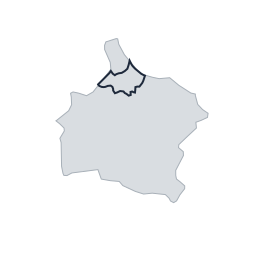 Prizren on a map of Kosovo (orthographic projection), rotated 154°
{"feature_id": "KOS-5908", "entity_name": "Prizren", "entity_type": "District", "adm_level": 1, "iso_a3": "XKX", "parent_name": "Kosovo", "parent_adm1": "", "projection": "orthographic", "projection_center": [20.721, 42.201], "detail": "fine", "context": "in_parent", "style": "outline", "palette": "slate", "viewbox_px": 256, "rotation_deg": 154, "n_neighbors": 0, "source": "natural_earth", "source_scale": "10m", "svg_char_len": 1603}
<svg xmlns="http://www.w3.org/2000/svg" viewBox="0 0 256 256"><g transform="rotate(154 128 128)"><path d="M78.3,94.4L89.6,90.8L91.2,88.2L88.7,82.5L90.2,79.0L103.7,69.0L105.9,64.4L106.8,60.9L104.9,57.1L102.4,51.1L103.7,48.6L110.6,45.2L116.3,41.2L119.7,40.9L121.8,43.8L121.8,46.7L123.6,51.8L127.8,54.4L134.8,58.8L142.9,61.8L149.2,67.8L157.9,78.5L159.3,83.8L167.1,88.5L174.4,93.8L173.3,103.8L198.1,112.2L203.7,112.0L206.4,113.5L206.3,115.8L204.5,122.7L194.5,144.2L193.7,148.6L186.5,153.3L185.5,156.0L187.6,161.9L189.6,166.0L189.4,166.0L173.8,169.5L168.5,173.6L165.4,180.7L164.4,184.4L161.6,184.5L157.0,180.9L151.1,175.2L143.6,175.7L117.7,188.2L115.2,194.7L114.6,208.8L112.8,212.6L110.1,215.1L99.3,213.5L98.2,212.6L99.6,207.2L99.1,195.4L94.3,175.7L90.9,169.3L83.8,162.9L78.4,158.7L68.5,154.9L63.6,144.1L56.2,131.9L52.6,129.0L53.2,127.8L55.0,118.6L52.9,111.9L49.6,106.1L51.9,102.7L58.8,102.8L64.5,103.4L66.5,98.0L78.3,94.4Z" fill="#d9dde1" stroke="#a8b0b8" stroke-width="1"/><path d="M97.0,187.8L97.0,183.9L96.7,181.7L95.7,178.4L92.3,170.8L90.5,168.4L89.8,167.6L93.6,163.7L95.5,162.2L99.6,160.2L101.7,161.2L103.4,161.5L104.8,159.0L106.2,156.8L107.3,157.7L108.3,159.0L109.9,159.3L111.1,156.5L113.2,156.8L114.4,159.3L115.6,160.9L116.0,162.8L118.9,164.7L122.1,164.7L124.5,165.0L124.9,168.2L124.2,169.7L124.0,171.8L125.0,173.7L127.7,174.7L130.3,174.9L131.9,175.4L133.7,176.5L135.4,178.5L135.8,180.2L135.8,180.3L129.3,182.5L120.7,185.5L118.4,186.8L117.9,183.5L116.7,181.2L114.9,181.5L112.3,181.2L109.5,180.3L105.9,180.6L102.6,181.5L99.8,184.4L97.0,187.8Z" fill="none" stroke="#1e293b" stroke-width="2"/></g></svg>